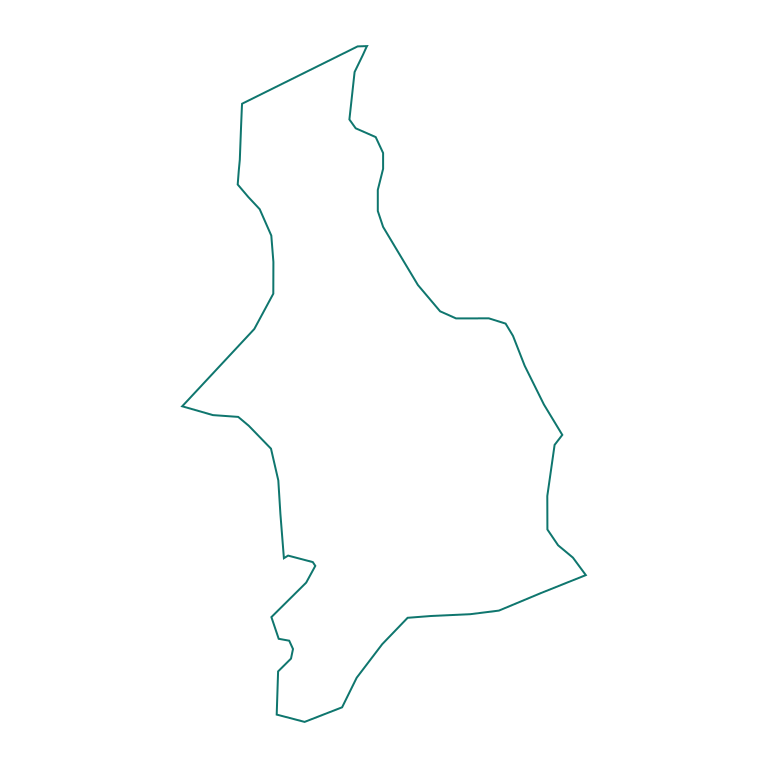 the border of Denbighshire
{"feature_id": "GBR-2125", "entity_name": "Denbighshire", "entity_type": "Unitary Authority (wales)", "adm_level": 1, "iso_a3": "GBR", "parent_name": "United Kingdom", "parent_adm1": "", "projection": "orthographic", "projection_center": [-3.367, 53.104], "detail": "fine", "context": "isolated", "style": "outline", "palette": "teal", "viewbox_px": 768, "rotation_deg": 0, "n_neighbors": 0, "source": "natural_earth", "source_scale": "10m", "svg_char_len": 974}
<svg xmlns="http://www.w3.org/2000/svg" viewBox="0 0 768 768"><path d="M242.1,103.7L357.6,46.4L367.0,46.1L366.4,47.2L363.0,54.7L354.6,72.0L349.4,119.5L355.7,128.3L375.7,137.1L383.1,153.0L383.1,168.8L377.8,189.9L377.8,211.0L383.1,226.9L394.7,246.3L417.9,285.0L440.1,311.3L456.0,318.4L472.9,318.4L488.7,318.3L505.6,323.6L513.0,335.9L524.7,365.8L543.9,404.5L562.3,434.9L554.6,444.9L547.3,496.0L547.4,529.5L558.1,545.3L572.9,557.6L585.8,575.1L541.3,592.9L498.9,610.6L470.2,614.2L431.0,616.0L407.6,617.8L382.2,644.2L356.7,677.7L342.1,707.3L304.6,721.9L276.7,714.6L278.1,671.4L291.0,658.6L293.0,649.0L289.2,640.7L278.7,638.8L271.4,617.1L306.2,582.6L315.3,565.9L312.8,562.1L288.1,555.6L283.9,558.2L280.4,513.9L278.3,480.4L271.0,448.7L248.8,425.8L238.2,416.9L212.9,415.1L182.2,406.3L254.3,329.0L273.3,293.7L273.4,262.0L271.3,235.6L259.7,209.2L248.2,196.9L237.7,184.5L238.8,170.4L239.8,159.9L241.0,128.2L241.9,106.5L242.1,103.7Z" fill="none" stroke="#0f766e" stroke-width="2"/></svg>